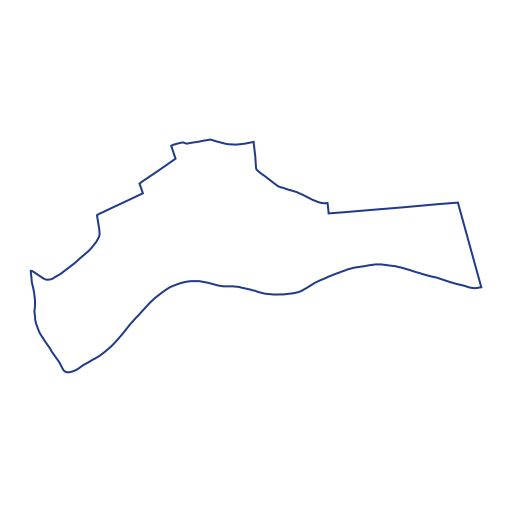 outline of Lunca, Olt, Romania
{"feature_id": "2599482B1586311708085", "entity_name": "Lunca", "entity_type": "district", "adm_level": 2, "iso_a3": "ROU", "parent_name": "Romania", "parent_adm1": "Olt", "projection": "albers", "projection_center": [24.698, 43.826], "detail": "fine", "context": "isolated", "style": "outline", "palette": "blue", "viewbox_px": 512, "rotation_deg": 0, "n_neighbors": 0, "source": "geoboundaries", "source_scale": "gbopen_adm2", "svg_char_len": 2795}
<svg xmlns="http://www.w3.org/2000/svg" viewBox="0 0 512 512"><path d="M481.3,287.3L457.9,202.6L438.7,204.1L402.2,207.4L375.1,209.6L342.1,212.4L331.2,213.2L328.6,213.4L328.6,212.8L327.9,205.9L327.5,203.0L327.3,203.0L324.9,203.3L321.6,203.0L318.3,202.1L312.3,199.7L302.7,194.8L296.7,192.1L292.9,190.9L288.5,189.7L282.0,187.5L280.3,187.2L278.3,186.3L277.5,185.7L277.2,185.6L274.5,183.6L264.4,175.8L260.7,173.2L258.5,171.4L256.6,169.6L256.4,169.2L256.0,167.7L255.3,156.8L253.6,141.9L244.7,143.7L238.2,144.4L236.2,144.6L228.9,144.3L225.2,143.7L215.5,141.1L211.8,139.9L210.9,139.7L209.4,139.7L202.4,140.9L198.7,141.7L192.4,142.6L187.6,143.5L186.6,143.6L185.6,143.4L183.4,142.5L181.7,142.6L176.2,143.9L175.7,144.3L175.4,144.2L174.7,144.3L173.2,144.8L172.5,145.2L171.2,145.8L175.2,157.6L175.5,158.7L157.3,171.4L142.7,181.2L139.5,183.6L142.9,193.3L142.5,193.5L118.9,204.6L105.0,211.1L103.6,211.9L100.3,213.3L97.0,215.1L97.1,216.0L99.3,229.6L99.6,234.1L99.2,236.2L98.8,237.2L96.4,241.7L91.0,248.5L88.9,250.7L79.9,258.4L74.6,263.2L63.4,271.7L62.0,272.9L58.8,275.0L56.8,276.0L52.7,278.6L50.9,279.3L48.2,279.7L46.7,279.7L45.1,279.3L43.5,278.5L33.3,271.7L31.8,270.9L30.9,270.8L30.7,271.0L31.3,276.7L31.5,277.9L31.7,281.3L32.2,284.1L32.9,286.6L34.1,292.5L34.7,297.9L35.0,300.3L35.0,304.1L34.9,307.3L34.8,307.8L34.4,311.5L35.0,316.4L35.2,319.6L35.7,322.1L36.2,323.9L38.4,330.0L39.9,333.3L41.6,336.1L43.1,338.1L44.1,340.0L49.7,348.0L52.1,352.2L58.9,361.7L60.1,363.7L62.4,368.3L63.4,370.0L64.0,370.7L65.1,371.6L66.2,372.1L67.7,372.3L69.7,372.2L71.4,371.8L73.2,371.2L74.7,370.6L75.5,370.3L78.3,368.7L82.1,365.9L84.1,364.6L87.8,362.7L92.0,360.1L94.9,358.6L99.3,356.0L104.4,352.2L111.0,346.6L114.3,343.2L115.6,341.7L118.1,339.1L119.7,337.1L122.3,334.2L130.2,324.2L135.3,318.5L139.3,314.4L142.0,311.3L149.7,303.0L152.9,299.9L155.6,297.5L160.9,293.4L165.0,290.4L169.1,287.7L172.2,286.2L178.8,283.7L182.1,282.7L187.1,281.6L191.5,281.1L199.0,281.1L207.7,282.7L215.9,284.9L218.6,285.6L221.8,286.1L224.1,286.4L225.1,286.3L232.6,286.3L236.2,286.7L237.3,286.7L240.0,287.2L242.3,287.9L243.5,288.0L245.2,288.5L246.0,288.6L250.0,289.5L252.9,290.4L254.4,290.6L255.7,291.0L257.9,291.9L265.0,293.7L273.5,294.5L277.8,294.5L283.7,294.4L293.7,293.2L298.0,292.2L299.0,291.9L301.9,290.7L303.5,289.7L306.6,288.0L314.6,283.0L319.3,280.7L326.5,277.7L328.1,276.8L332.6,275.1L333.6,274.6L339.9,272.3L341.6,271.6L344.4,270.7L347.9,269.3L352.1,268.2L355.2,267.5L364.9,266.1L368.4,265.4L375.6,264.4L381.3,264.4L391.7,265.8L395.3,266.2L399.2,267.2L401.2,267.5L402.4,267.9L408.6,269.7L415.6,272.0L420.7,273.4L421.7,273.8L430.5,276.3L436.7,277.6L449.5,281.9L456.4,283.9L465.2,286.0L466.6,286.6L469.3,287.4L471.8,287.9L473.9,288.1L475.8,288.1L477.1,287.9L477.8,287.9L479.9,287.4L481.3,287.3Z" fill="none" stroke="#1e3a8a" stroke-width="2"/></svg>